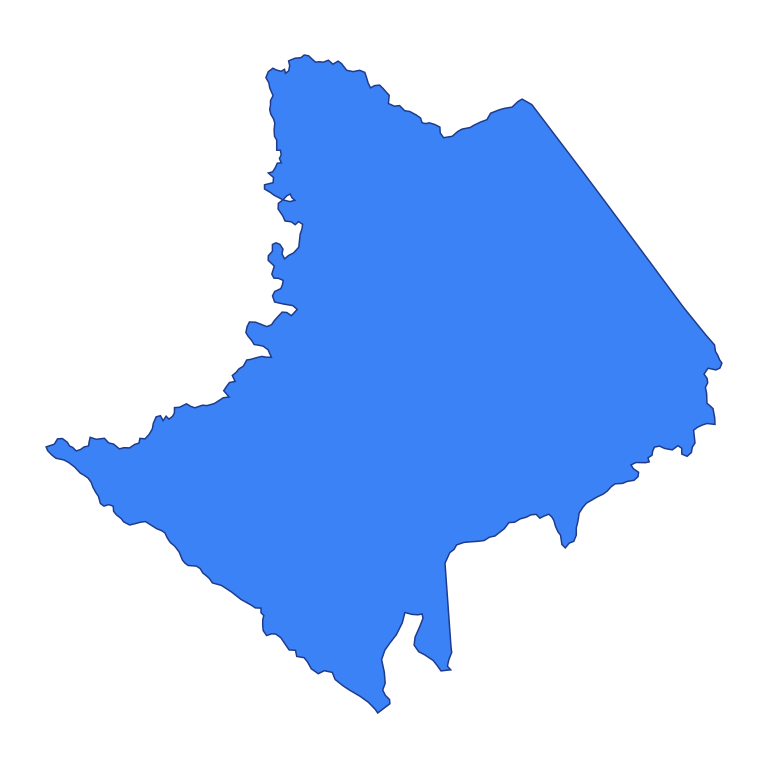 the district of Pontalina, Goiás, Brazil
{"feature_id": "56859067B14800214283201", "entity_name": "Pontalina", "entity_type": "district", "adm_level": 2, "iso_a3": "BRA", "parent_name": "Brazil", "parent_adm1": "Goiás", "projection": "albers", "projection_center": [-49.587, -17.537], "detail": "fine", "context": "isolated", "style": "filled", "palette": "blue", "viewbox_px": 768, "rotation_deg": 0, "n_neighbors": 0, "source": "geoboundaries", "source_scale": "gbopen_adm2", "svg_char_len": 5034}
<svg xmlns="http://www.w3.org/2000/svg" viewBox="0 0 768 768"><path d="M573.8,541.3L576.3,535.1L576.3,527.8L577.7,522.3L578.5,517.6L579.1,513.2L582.8,507.4L586.4,503.2L597.2,496.9L603.1,494.1L607.1,491.2L611.3,486.6L615.2,483.8L622.6,483.4L627.2,481.4L634.0,480.3L638.0,476.7L638.6,472.3L633.3,468.6L631.0,464.9L636.0,462.5L645.5,462.7L649.2,461.9L648.0,457.8L652.0,455.3L652.7,451.0L654.5,447.1L659.5,446.1L664.5,448.4L672.3,449.9L677.9,445.7L681.7,448.2L681.8,454.1L687.1,456.3L691.4,452.5L692.3,447.2L695.0,443.0L693.6,430.2L697.4,427.3L702.6,424.9L707.0,423.5L715.0,424.4L714.7,417.7L713.0,408.6L710.2,406.0L707.0,403.3L706.6,393.3L705.4,387.5L707.7,382.8L707.1,378.4L704.0,374.1L708.1,368.2L712.1,369.1L715.9,369.9L719.9,368.1L721.9,363.2L719.5,359.6L717.7,355.2L715.5,351.6L714.5,344.9L705.7,334.8L686.5,311.1L684.1,308.1L681.5,304.7L605.3,201.9L583.9,173.3L531.8,104.6L522.1,99.1L518.0,101.5L512.1,107.1L504.3,108.4L499.3,109.8L490.6,113.2L486.9,119.7L480.6,122.0L473.6,125.4L470.2,127.5L462.0,129.1L457.7,131.5L452.2,136.3L443.6,137.7L440.2,132.9L439.9,127.1L434.8,124.5L429.3,122.8L425.7,123.6L422.1,122.8L420.5,118.0L416.1,114.9L409.8,111.5L404.7,110.7L399.6,105.6L394.4,106.2L388.4,103.5L389.2,95.3L386.6,92.5L383.0,88.4L379.6,85.1L374.6,85.6L370.5,87.8L368.1,82.9L366.4,77.1L364.8,72.4L359.7,70.3L353.1,71.6L346.7,70.3L341.5,63.6L338.1,61.1L332.9,64.2L328.4,60.2L323.3,62.2L319.4,61.7L315.6,62.2L312.2,59.2L308.6,55.8L304.2,55.0L300.9,57.7L295.0,58.2L288.6,60.9L289.7,65.7L288.7,70.8L285.5,73.3L284.5,69.3L281.1,71.3L276.1,69.9L272.9,68.2L268.3,71.7L265.9,77.6L268.9,82.9L269.7,87.8L271.3,91.6L273.1,95.6L270.5,100.6L270.5,105.0L269.7,109.6L270.8,114.2L273.7,119.3L274.8,123.2L274.1,129.8L274.5,136.3L276.7,140.0L276.7,145.6L276.7,150.2L280.4,150.2L281.2,155.0L279.4,158.5L281.3,162.8L277.3,163.2L275.3,167.6L272.7,171.8L268.3,173.0L273.5,177.5L273.1,182.7L269.3,183.6L264.5,184.8L264.5,189.0L270.6,192.6L274.2,195.3L278.8,197.6L282.9,199.9L278.4,203.3L278.1,209.0L282.9,216.1L285.0,221.0L291.3,221.8L295.2,224.7L298.6,221.6L302.6,224.3L302.0,228.9L300.2,234.0L299.6,239.4L298.8,247.2L293.5,253.0L288.8,255.3L284.6,258.8L282.0,253.9L283.0,249.1L279.8,244.3L276.0,242.8L272.4,244.5L272.4,251.2L268.3,255.8L268.2,260.4L274.3,266.1L271.8,274.1L273.9,278.1L278.4,278.3L283.2,280.4L282.4,284.8L280.8,288.6L274.7,291.5L272.5,295.9L274.6,302.0L283.8,304.1L292.8,305.6L297.2,309.4L291.4,315.7L286.8,312.5L282.2,312.1L278.6,315.9L274.4,320.5L271.6,324.7L266.8,326.6L262.2,324.8L255.5,322.2L249.4,322.0L247.1,326.6L245.9,332.5L248.0,336.1L251.8,340.7L254.1,344.5L258.0,345.1L263.0,346.1L268.0,349.7L271.4,357.3L266.3,357.2L261.9,356.4L258.0,357.3L254.4,358.3L250.6,359.4L246.7,360.0L243.4,366.1L238.8,369.0L236.3,372.2L232.3,375.5L235.1,381.4L229.5,382.5L226.7,386.2L223.7,390.7L229.1,397.0L223.1,397.8L218.3,401.0L214.4,403.5L207.1,405.6L202.5,405.2L194.9,407.8L191.0,406.5L186.5,403.8L179.5,407.3L174.5,407.6L174.4,413.0L172.5,416.4L168.9,419.1L166.1,416.2L163.1,420.6L160.4,415.7L156.2,416.8L153.4,423.1L152.3,428.9L149.1,434.4L145.1,438.8L139.9,438.4L139.0,443.1L134.9,444.3L129.6,447.9L123.8,447.7L119.4,448.9L113.6,444.1L108.7,442.9L104.4,438.3L96.2,439.3L90.2,437.3L89.2,441.6L88.5,446.0L84.2,446.9L80.4,449.6L76.1,450.9L72.8,447.5L69.4,445.9L67.4,442.3L62.3,438.5L57.5,438.9L54.3,444.2L46.1,446.9L47.7,450.7L51.7,454.9L56.0,458.3L60.1,459.1L64.0,460.0L69.0,462.7L74.7,467.1L80.4,473.2L84.0,475.2L88.0,478.0L91.2,482.4L93.0,487.4L96.2,493.1L98.4,496.3L100.4,503.5L103.9,506.1L108.9,504.6L113.2,506.2L113.6,511.3L116.5,514.9L121.1,518.5L123.7,521.9L129.7,525.0L136.5,523.3L140.9,522.1L145.5,521.6L150.1,524.5L156.7,528.7L161.5,530.6L164.9,532.8L167.3,538.0L170.4,542.6L174.7,546.1L179.2,552.1L182.4,560.0L184.8,563.0L188.2,565.5L196.4,566.1L200.2,568.6L202.8,573.0L205.8,575.3L209.4,578.5L212.4,582.9L221.4,585.4L231.4,591.9L241.1,599.5L251.7,605.4L255.3,607.9L261.0,608.1L261.0,612.7L263.8,615.5L262.8,619.4L262.7,625.1L263.2,630.6L266.6,635.5L271.5,633.9L275.7,634.0L280.8,637.7L289.1,649.9L295.5,650.3L296.7,656.4L304.1,657.7L307.5,661.9L311.3,668.8L318.3,673.7L324.3,670.7L332.3,672.4L335.1,679.5L343.3,686.0L349.7,690.2L360.1,696.3L368.5,702.4L375.3,709.4L377.7,713.0L389.9,703.7L389.5,699.5L385.3,695.3L382.7,690.0L385.2,683.2L384.3,672.2L381.6,659.6L384.9,650.1L390.1,642.7L396.3,634.8L402.3,622.8L404.9,612.5L412.1,614.4L417.9,614.8L422.1,614.0L423.0,618.2L419.9,626.2L415.1,637.1L414.1,645.1L418.7,651.7L424.8,654.9L433.1,660.4L436.8,665.0L441.0,670.9L450.7,669.8L447.4,666.2L448.8,659.8L451.7,652.4L451.0,646.8L445.0,563.2L449.8,552.6L454.0,549.5L456.6,544.9L464.0,542.4L469.6,541.9L478.0,541.3L484.2,540.5L489.6,537.1L495.0,536.0L499.4,532.5L504.2,528.8L508.9,522.6L514.7,522.2L520.1,518.9L526.3,517.2L530.7,514.9L536.1,514.3L539.9,518.2L543.5,516.3L548.8,514.2L551.7,516.8L553.9,520.5L555.5,526.3L557.9,531.7L560.5,535.1L561.9,544.5L565.3,547.9L569.2,543.1L573.8,541.3ZM282.9,199.9L286.7,195.9L290.2,194.0L291.8,197.6L294.8,200.3L289.9,201.6L282.9,199.9Z" fill="#3b82f6" stroke="#1e3a8a" stroke-width="1.5"/></svg>